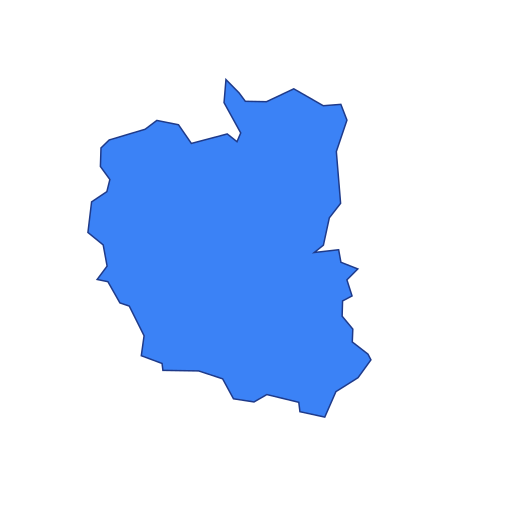 the district of Elliott, Kentucky, United States of America, rotated 60°
{"feature_id": "52423323B57528187825252", "entity_name": "Elliott", "entity_type": "district", "adm_level": 2, "iso_a3": "USA", "parent_name": "United States of America", "parent_adm1": "Kentucky", "projection": "robinson", "projection_center": [-83.1, 38.132], "detail": "fine", "context": "isolated", "style": "filled", "palette": "blue", "viewbox_px": 512, "rotation_deg": 60, "n_neighbors": 0, "source": "geoboundaries", "source_scale": "gbopen_adm2", "svg_char_len": 884}
<svg xmlns="http://www.w3.org/2000/svg" viewBox="0 0 512 512"><g transform="rotate(60 256 256)"><path d="M89.0,274.1L90.8,288.6L82.1,325.1L84.9,336.2L100.7,346.0L116.7,344.3L125.7,353.0L126.9,371.3L151.6,389.8L170.0,382.8L190.3,390.0L196.9,405.3L204.2,397.1L228.6,397.3L236.0,390.8L269.1,392.8L285.0,405.2L302.1,391.1L308.5,393.8L326.8,363.2L345.7,346.3L368.4,346.9L381.4,330.7L381.4,315.9L404.1,292.1L412.8,295.8L429.9,277.0L413.4,254.6L412.4,228.5L403.4,208.4L397.0,208.1L378.6,215.6L367.7,208.7L351.2,211.5L338.2,203.5L338.6,192.8L322.1,189.2L318.1,174.3L303.9,185.6L291.9,181.3L282.1,203.8L280.3,192.2L259.6,173.4L252.7,156.4L205.7,134.2L183.8,109.3L167.1,106.7L159.5,122.6L130.1,139.7L127.6,169.8L116.7,187.9L106.3,189.1L88.2,193.8L107.2,207.0L141.8,207.7L147.5,215.3L135.9,219.9L126.2,255.7L103.6,257.5L89.0,274.1Z" fill="#3b82f6" stroke="#1e3a8a" stroke-width="1.5"/></g></svg>